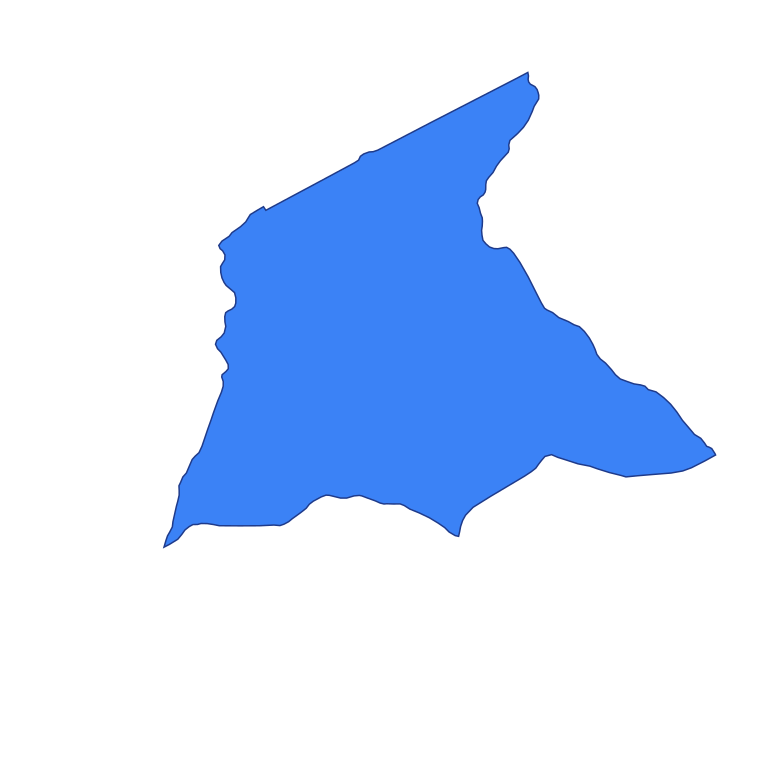 the district of Abanga-Bignè, Moyen-Ogooué, Gabon, rotated 333°
{"feature_id": "22940354B65697742744176", "entity_name": "Abanga-Bignè", "entity_type": "district", "adm_level": 2, "iso_a3": "GAB", "parent_name": "Gabon", "parent_adm1": "Moyen-Ogooué", "projection": "robinson", "projection_center": [10.966, -0.21], "detail": "fine", "context": "isolated", "style": "filled", "palette": "blue", "viewbox_px": 768, "rotation_deg": 333, "n_neighbors": 0, "source": "geoboundaries", "source_scale": "gbopen_adm2", "svg_char_len": 3087}
<svg xmlns="http://www.w3.org/2000/svg" viewBox="0 0 768 768"><g transform="rotate(333 384 384)"><path d="M113.9,429.5L120.0,429.5L129.8,428.7L135.6,426.2L140.4,423.7L145.8,422.6L150.0,422.5L154.1,424.5L157.6,425.2L163.1,428.1L168.4,431.9L172.9,435.5L191.7,445.2L208.8,453.8L221.9,459.7L227.0,462.9L231.3,463.5L236.5,463.4L241.0,462.4L251.2,460.8L258.3,459.4L262.9,457.2L267.9,456.3L276.9,456.1L281.9,456.7L284.8,458.4L293.5,465.9L299.0,468.7L306.5,470.1L311.5,472.1L313.4,473.6L317.5,478.1L323.2,484.2L326.5,488.3L329.5,490.9L332.2,492.0L337.6,495.0L344.0,498.2L346.9,501.5L350.3,507.3L356.9,514.9L363.7,523.8L369.1,532.5L372.9,539.5L374.8,545.4L378.6,551.4L381.3,553.6L384.2,550.1L387.6,545.7L392.1,541.3L397.1,537.9L407.4,534.3L427.9,532.5L467.4,529.9L475.4,529.0L481.0,527.9L485.6,525.5L489.9,523.5L494.5,521.6L501.2,523.0L505.6,528.3L512.1,534.7L520.6,543.2L530.2,550.7L535.6,556.4L544.6,565.2L553.7,573.1L557.4,576.6L568.6,581.0L582.8,586.8L599.5,593.7L610.7,597.1L620.0,598.2L635.2,598.2L647.2,597.8L647.3,596.3L646.7,590.3L645.0,587.9L643.2,586.0L642.8,582.1L641.6,576.2L637.7,569.9L635.7,561.3L633.4,551.8L632.2,541.9L630.2,532.2L627.1,523.4L622.8,514.5L616.9,509.0L615.5,504.4L612.2,501.3L606.8,497.4L601.8,492.2L596.8,486.8L594.4,480.8L593.2,474.5L590.9,466.0L588.1,459.9L587.1,454.2L587.8,449.0L588.1,443.5L587.8,436.1L586.4,428.1L584.1,421.6L580.1,417.4L576.6,412.1L569.9,404.2L566.7,397.0L562.9,392.1L561.4,389.4L561.0,383.2L561.0,372.6L561.1,354.0L560.3,337.4L558.9,326.4L557.4,321.1L555.3,317.9L552.8,316.9L546.9,315.2L543.4,313.2L540.2,309.8L538.4,305.3L537.4,300.9L538.9,295.8L540.7,291.4L543.2,287.9L545.6,283.7L547.0,280.5L547.5,275.7L548.8,270.1L549.1,265.4L551.6,262.4L554.7,261.0L558.3,260.6L561.2,258.9L562.9,256.9L565.3,252.4L567.5,249.4L571.0,247.5L577.2,245.0L583.2,240.9L588.9,238.0L599.9,233.9L602.3,231.3L603.7,227.6L606.8,224.1L616.7,221.5L624.8,218.6L632.3,214.5L639.8,208.5L643.8,204.8L651.2,200.3L653.0,197.0L653.6,194.5L654.1,191.1L653.5,187.6L651.8,185.1L650.5,183.3L650.0,180.6L650.7,178.0L652.6,175.1L653.6,171.7L638.2,171.9L544.9,172.3L484.6,172.8L479.8,172.1L476.1,170.5L470.4,169.8L466.3,170.4L463.0,173.0L458.2,173.5L417.8,174.4L357.6,175.6L357.1,171.3L351.2,171.6L341.8,172.3L337.8,174.7L334.4,176.8L327.6,178.7L317.3,180.1L313.1,182.1L304.5,183.1L299.7,185.5L299.4,189.0L300.7,192.1L300.9,196.8L298.5,201.0L294.6,203.3L291.7,205.2L289.2,210.5L287.8,215.9L287.6,220.9L288.1,224.6L289.9,228.8L292.3,234.7L291.1,240.0L288.7,244.6L286.1,247.2L282.3,248.2L278.1,248.1L275.3,248.6L272.7,251.7L270.5,256.4L269.2,260.8L264.8,266.0L260.4,268.0L254.8,269.2L251.9,272.1L251.7,277.0L253.1,281.6L253.9,291.0L254.0,295.9L252.2,299.7L248.9,301.1L244.0,302.2L242.6,304.1L241.9,308.8L239.7,313.0L235.4,317.5L228.3,323.5L219.0,332.2L213.5,337.6L206.4,344.3L193.6,356.8L188.0,361.2L182.9,362.6L178.8,364.2L174.8,367.5L167.5,373.6L162.6,375.5L158.1,379.3L155.1,381.6L153.1,386.0L151.0,390.1L146.8,395.1L143.6,398.6L137.8,405.6L133.5,410.8L130.5,415.3L125.9,418.6L122.2,421.0L118.8,424.3L113.9,429.5Z" fill="#3b82f6" stroke="#1e3a8a" stroke-width="1.5"/></g></svg>